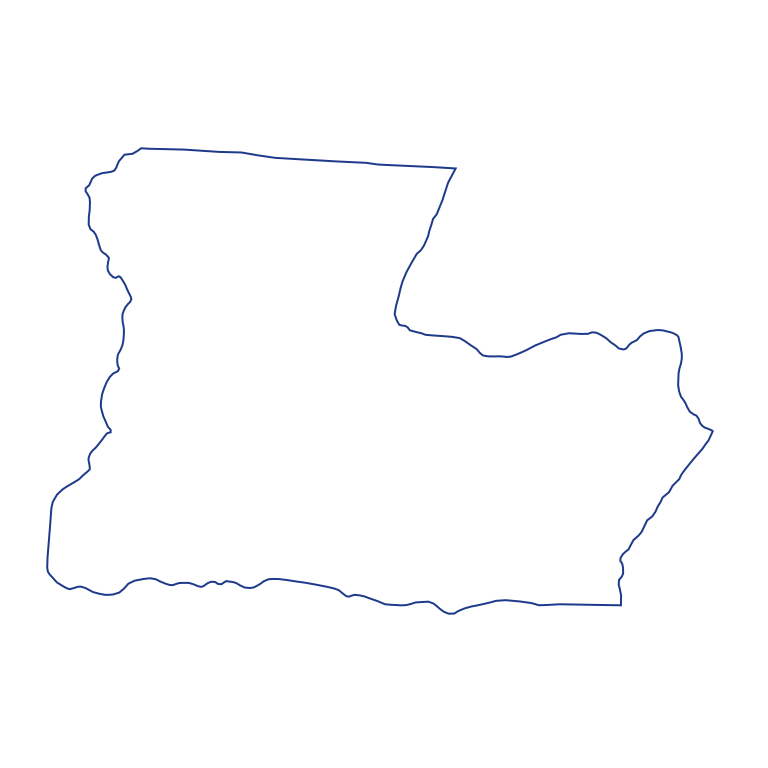 Haut-Ntem, Wouleu-Ntem, Gabon (orthographic projection), rotated 182°
{"feature_id": "22940354B67631152101375", "entity_name": "Haut-Ntem", "entity_type": "district", "adm_level": 2, "iso_a3": "GAB", "parent_name": "Gabon", "parent_adm1": "Wouleu-Ntem", "projection": "orthographic", "projection_center": [12.589, 1.764], "detail": "fine", "context": "isolated", "style": "outline", "palette": "blue", "viewbox_px": 768, "rotation_deg": 182, "n_neighbors": 0, "source": "geoboundaries", "source_scale": "gbopen_adm2", "svg_char_len": 4478}
<svg xmlns="http://www.w3.org/2000/svg" viewBox="0 0 768 768"><g transform="rotate(182 384 384)"><path d="M53.8,348.3L55.0,349.2L57.9,350.3L61.8,351.6L64.2,353.1L66.7,355.8L67.7,358.4L68.4,360.3L70.9,363.5L73.3,364.3L77.5,367.1L80.1,371.3L81.9,375.1L84.4,378.8L86.8,381.7L88.8,386.9L90.0,393.0L90.0,399.3L90.0,404.9L89.2,410.2L87.9,414.8L87.3,419.7L87.4,424.1L88.8,431.3L90.2,436.7L91.4,441.3L92.9,443.0L97.2,445.1L100.4,445.9L107.0,447.3L112.3,447.5L120.4,446.2L126.2,443.6L129.9,440.4L132.8,436.7L138.3,433.7L140.6,431.5L142.3,428.9L144.0,427.4L145.9,426.9L150.5,427.7L153.8,430.4L159.1,433.8L163.2,437.3L168.0,440.1L171.3,441.8L173.9,442.7L177.8,442.9L182.2,441.2L189.6,440.9L200.8,441.2L209.1,439.4L213.5,436.6L219.4,434.4L226.9,431.1L234.4,427.7L242.4,423.1L247.3,420.6L252.4,418.2L258.5,415.7L262.5,415.3L265.8,415.6L270.0,415.7L274.1,415.4L281.3,415.3L286.2,416.0L289.3,418.4L292.6,422.1L298.9,425.9L305.0,429.9L309.9,432.5L317.6,433.5L326.2,433.9L336.0,434.2L344.1,434.6L348.3,436.0L353.8,437.1L360.1,438.6L362.3,441.4L364.7,442.8L368.1,443.1L370.8,443.7L373.5,448.1L375.8,454.1L374.8,462.1L372.5,471.6L370.7,480.8L369.0,487.3L365.5,496.5L360.3,506.9L355.8,515.2L351.8,519.0L349.0,523.6L347.7,526.7L345.1,533.2L344.1,538.5L342.3,544.5L340.8,550.5L337.1,555.7L334.9,561.9L332.0,569.8L329.4,579.0L326.9,587.6L319.9,601.9L342.9,602.5L371.3,602.8L397.4,603.1L409.5,604.4L440.8,604.8L500.5,606.2L517.7,608.1L534.5,610.4L556.9,610.2L592.0,611.3L626.9,610.9L635.0,611.1L638.5,608.3L643.4,605.3L651.4,604.1L654.1,600.6L656.5,597.7L657.9,594.4L659.1,591.0L660.9,587.9L663.9,586.6L668.3,585.7L672.7,585.0L677.6,583.1L680.2,581.8L682.8,579.1L684.4,575.2L685.6,572.3L689.0,569.1L688.9,566.1L687.5,564.3L684.8,560.0L684.2,555.5L684.2,547.6L684.8,540.8L684.7,533.1L682.8,528.5L679.4,526.1L677.2,522.9L675.3,518.4L673.5,512.7L671.8,508.0L669.7,505.7L666.3,503.6L663.3,500.4L664.0,495.9L664.5,491.2L663.9,487.7L661.7,484.2L658.4,481.3L655.7,480.7L653.0,482.4L651.0,481.5L649.7,479.6L647.9,477.0L646.1,474.1L644.2,470.0L642.2,466.1L640.0,462.2L639.5,460.0L640.5,457.2L642.5,455.2L645.1,451.7L646.7,448.0L647.7,444.8L647.8,441.4L647.3,436.7L646.6,433.9L645.9,430.0L645.7,426.3L645.8,422.6L646.0,418.3L646.7,413.9L648.3,409.3L649.7,406.6L650.7,404.7L651.2,402.6L651.4,400.0L651.4,396.6L650.7,393.1L649.2,390.2L650.4,387.5L655.1,385.0L658.3,381.5L661.3,376.1L663.8,369.2L665.3,364.2L666.2,357.0L666.2,351.4L665.1,347.4L663.3,341.7L660.9,336.9L658.5,331.7L655.6,328.7L655.5,326.2L658.8,325.2L660.7,323.0L664.4,317.6L669.8,310.4L673.4,306.8L675.3,303.9L676.6,300.0L676.6,297.4L675.7,293.5L675.1,290.4L675.1,288.4L677.2,286.2L681.3,282.5L685.4,278.2L691.1,274.4L696.9,270.8L701.4,267.6L707.0,261.9L710.9,254.6L712.1,248.3L712.7,232.0L713.8,207.8L714.2,199.5L714.2,188.9L713.3,184.5L711.5,182.0L708.4,178.9L704.1,174.4L697.5,170.6L693.4,168.6L690.7,168.0L685.8,169.6L682.7,170.7L679.7,170.9L675.0,169.6L672.0,168.1L667.5,165.9L661.0,164.4L654.8,163.5L647.7,164.1L641.3,166.3L636.6,170.6L632.5,175.5L626.3,178.8L617.6,180.7L611.2,181.7L605.5,181.0L600.7,178.8L595.3,176.8L591.3,175.7L588.2,175.6L582.1,177.9L576.7,178.3L571.9,178.4L567.1,177.1L562.7,175.4L559.5,174.9L557.1,175.8L555.2,177.4L552.9,179.0L549.6,180.4L545.7,180.2L543.0,178.4L539.5,178.2L537.7,179.6L534.8,181.5L528.1,180.8L524.7,179.9L520.4,177.5L515.9,175.7L510.7,175.4L507.0,176.2L504.4,177.6L500.9,179.8L497.0,182.8L492.7,184.8L488.2,185.3L482.6,185.4L475.2,184.8L464.1,183.5L455.5,182.6L446.3,181.3L439.3,180.2L433.1,179.2L427.5,178.1L422.2,176.5L417.6,173.0L414.2,170.6L411.4,170.3L409.2,171.3L405.8,172.3L400.8,171.9L396.1,171.0L390.0,169.0L382.9,166.8L375.3,163.9L369.0,163.6L359.4,163.4L354.1,163.8L349.5,165.1L344.8,166.8L338.9,167.4L332.0,168.0L327.0,166.4L323.3,163.7L320.0,161.0L316.1,158.4L311.5,156.7L305.9,157.0L301.8,159.7L295.5,162.6L288.5,164.8L282.6,166.1L271.2,169.1L264.5,171.2L254.9,172.2L240.3,171.4L229.0,170.2L221.3,168.3L213.7,168.8L201.0,170.0L160.3,170.7L140.3,171.1L139.5,171.1L139.7,181.2L141.2,187.4L142.4,191.5L142.3,196.3L139.5,200.0L138.4,203.0L138.7,208.9L139.7,212.8L141.7,215.6L141.5,218.5L139.2,222.4L136.4,225.1L133.8,227.3L131.4,232.5L129.1,236.9L124.2,241.5L121.4,245.1L118.6,251.5L116.2,257.0L111.3,261.0L108.2,265.9L106.2,271.0L103.3,276.0L101.7,280.2L98.8,282.8L95.6,285.6L94.1,288.3L92.1,292.3L88.7,296.0L85.6,299.2L84.1,303.0L81.2,307.6L75.8,314.9L71.3,320.8L63.5,330.3L60.3,335.4L57.8,338.8L55.5,344.2L53.8,348.3L53.8,348.3Z" fill="none" stroke="#1e3a8a" stroke-width="2"/></g></svg>